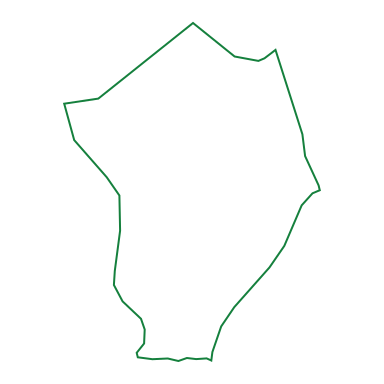 map outline of Loška dolina (orthographic projection)
{"feature_id": "SVN-209", "entity_name": "Loška dolina", "entity_type": "Municipality", "adm_level": 1, "iso_a3": "SVN", "parent_name": "Slovenia", "parent_adm1": "", "projection": "orthographic", "projection_center": [14.485, 45.663], "detail": "fine", "context": "isolated", "style": "outline", "palette": "green", "viewbox_px": 384, "rotation_deg": 0, "n_neighbors": 0, "source": "natural_earth", "source_scale": "10m", "svg_char_len": 598}
<svg xmlns="http://www.w3.org/2000/svg" viewBox="0 0 384 384"><path d="M319.8,190.2L312.5,193.3L301.7,205.3L284.3,245.9L269.5,267.4L234.3,307.1L221.2,326.4L212.4,352.0L211.3,360.5L210.7,360.2L206.6,358.4L196.2,359.1L186.9,358.0L178.4,361.0L167.8,358.5L152.4,359.2L137.8,357.3L136.7,352.8L144.1,343.5L144.7,329.5L141.0,318.8L122.6,301.4L113.9,285.0L114.8,270.9L120.1,230.7L119.4,195.5L106.7,177.2L74.2,140.1L64.2,103.7L98.3,98.6L193.0,23.0L234.6,56.5L258.4,60.9L264.5,58.3L275.5,49.9L302.4,134.3L305.1,156.1L318.6,185.4L319.6,189.5L319.8,190.2Z" fill="none" stroke="#15803d" stroke-width="2"/></svg>